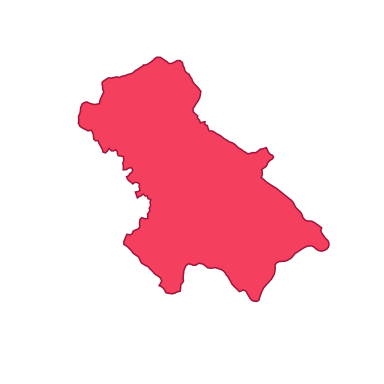 the district of Anhembi, São Paulo, Brazil, rotated 129°
{"feature_id": "56859067B93211874574950", "entity_name": "Anhembi", "entity_type": "district", "adm_level": 2, "iso_a3": "BRA", "parent_name": "Brazil", "parent_adm1": "São Paulo", "projection": "mercator", "projection_center": [-48.17, -22.796], "detail": "fine", "context": "isolated", "style": "filled", "palette": "rose", "viewbox_px": 384, "rotation_deg": 129, "n_neighbors": 0, "source": "geoboundaries", "source_scale": "gbopen_adm2", "svg_char_len": 4122}
<svg xmlns="http://www.w3.org/2000/svg" viewBox="0 0 384 384"><g transform="rotate(129 192 192)"><path d="M239.6,92.5L237.8,91.4L235.8,90.6L235.1,88.0L237.1,82.7L238.0,80.4L238.5,78.0L238.2,75.8L236.4,72.9L234.1,71.9L230.8,73.3L227.3,74.5L225.3,75.2L221.4,76.0L217.7,75.9L214.6,75.7L212.8,75.6L209.7,75.4L205.4,76.1L203.1,76.8L201.1,77.9L198.4,79.8L196.5,81.5L193.8,81.7L191.2,80.5L187.6,76.5L186.0,75.4L183.3,74.1L181.3,73.4L179.1,73.2L175.0,73.2L168.2,71.0L166.1,70.4L163.6,69.3L161.3,68.1L158.6,65.2L158.1,63.0L158.2,58.9L157.8,56.7L156.4,54.0L154.0,52.3L151.3,51.3L149.2,51.3L146.9,52.2L145.1,54.1L144.2,56.0L144.0,59.2L143.1,62.3L142.6,64.2L141.8,66.3L140.5,67.9L138.2,68.7L138.4,72.4L138.6,77.0L139.3,80.5L140.4,82.2L142.0,84.2L142.6,86.9L142.0,89.9L140.4,92.1L139.5,94.4L139.0,98.5L138.9,100.7L138.3,102.8L136.5,106.4L135.9,109.7L136.0,112.2L136.0,116.3L136.0,120.5L136.0,125.0L136.0,127.8L136.2,130.1L136.6,132.6L137.0,136.6L137.4,140.1L137.2,143.6L137.1,147.2L133.6,148.7L131.9,150.4L130.8,152.0L125.4,150.4L121.2,151.6L118.2,151.2L115.8,150.4L113.8,150.4L112.8,152.4L113.5,154.9L112.9,158.1L111.6,160.2L110.8,162.3L114.1,164.3L115.8,165.9L118.2,166.3L121.2,167.1L123.1,169.5L125.3,171.1L127.2,172.5L127.4,175.1L127.9,177.8L127.9,180.7L128.5,183.6L128.3,185.7L128.0,188.6L128.5,192.1L129.7,194.8L129.8,197.5L130.3,200.4L130.3,203.0L130.3,205.3L131.0,208.5L131.3,211.3L131.6,214.1L133.7,217.1L132.5,219.4L130.7,221.9L131.6,224.5L129.2,226.1L130.6,227.4L133.0,228.9L131.5,231.4L131.2,234.1L129.3,235.5L129.2,238.7L128.8,241.5L126.6,243.8L124.5,243.8L122.0,244.2L118.3,244.5L114.5,245.1L111.2,246.7L108.2,248.5L107.3,252.1L106.8,255.3L106.5,258.7L105.4,261.6L104.1,263.5L103.6,265.8L102.3,268.3L102.7,270.4L102.4,273.6L100.5,276.0L99.2,278.8L97.5,280.7L97.3,283.7L99.0,286.1L102.6,287.6L105.1,288.8L106.7,291.2L106.5,293.5L106.9,297.8L107.2,301.2L109.4,304.2L111.9,304.9L114.1,305.1L116.5,305.7L119.3,306.4L122.4,307.8L123.7,309.6L125.9,309.8L128.1,310.6L131.2,311.5L133.4,312.5L136.8,312.9L139.1,314.3L141.2,315.9L143.9,317.3L146.2,319.3L148.8,320.7L150.2,323.3L152.0,324.6L154.0,326.1L155.8,328.7L158.2,329.6L160.8,330.4L162.9,330.9L164.8,329.8L166.1,328.1L168.5,325.8L169.8,323.5L172.4,322.9L175.4,322.1L178.0,321.5L181.7,319.6L185.2,322.6L186.6,325.2L187.6,327.8L188.2,330.5L190.2,331.9L192.4,332.7L195.8,331.9L198.0,330.7L200.3,329.1L202.1,328.4L204.5,327.9L207.5,325.2L210.0,323.6L211.5,320.4L211.2,317.3L210.4,313.8L209.9,311.2L207.5,309.4L208.0,307.4L209.7,304.5L211.5,303.0L212.9,301.3L212.8,299.2L211.2,297.3L212.8,294.8L213.9,292.0L215.4,288.4L217.0,286.1L216.1,283.9L213.1,283.5L210.4,283.9L210.7,280.5L209.3,278.7L207.1,277.8L207.5,275.7L209.1,274.1L210.2,272.1L208.8,270.0L207.7,267.6L210.4,264.8L213.2,263.9L215.3,261.4L218.1,259.4L215.9,257.1L213.1,256.2L211.3,254.3L212.0,252.0L214.7,251.2L217.2,252.0L218.9,251.3L221.3,252.5L222.6,250.2L223.0,248.0L222.8,245.7L223.0,243.1L220.4,242.4L219.1,240.5L218.8,237.8L221.1,236.6L223.4,233.4L225.5,234.2L227.7,236.0L229.4,233.1L231.0,230.7L229.2,230.4L227.2,229.2L224.4,228.8L224.5,225.7L223.2,224.3L224.9,222.0L223.8,219.4L226.4,218.1L227.9,216.3L229.6,215.2L231.5,215.1L233.1,213.0L237.1,212.7L240.2,209.6L242.2,211.5L243.6,215.0L246.2,215.1L249.1,213.3L252.1,210.5L254.9,210.7L257.2,212.1L259.5,213.1L261.9,212.3L263.8,212.7L265.9,216.0L270.1,214.7L273.3,213.9L275.6,211.9L275.1,207.7L275.8,202.1L276.6,199.2L276.5,197.0L276.3,194.8L276.1,192.2L277.6,189.9L279.0,186.4L278.4,182.1L277.6,179.0L278.2,176.5L278.4,173.2L278.9,170.5L279.1,168.1L278.6,165.5L278.7,162.1L280.4,159.5L283.2,158.9L285.5,158.7L284.8,156.2L284.8,154.1L285.4,151.6L286.7,148.7L285.1,145.8L283.6,143.3L281.7,141.9L278.7,140.4L276.5,138.7L273.5,140.6L271.3,142.3L268.4,142.3L266.5,142.6L264.7,144.5L263.2,145.7L260.9,147.1L257.9,149.0L255.3,149.8L252.9,150.3L250.3,149.8L248.9,147.5L248.3,145.2L246.4,142.9L243.2,142.0L241.2,138.4L240.9,135.1L241.1,132.3L239.6,129.6L236.0,126.2L235.3,124.3L234.0,120.8L233.5,118.1L233.9,115.5L234.9,113.2L235.1,111.1L236.0,108.9L236.9,106.4L238.5,102.8L238.9,99.7L239.2,95.2L239.6,92.5Z" fill="#f43f5e" stroke="#9f1239" stroke-width="1.5"/></g></svg>